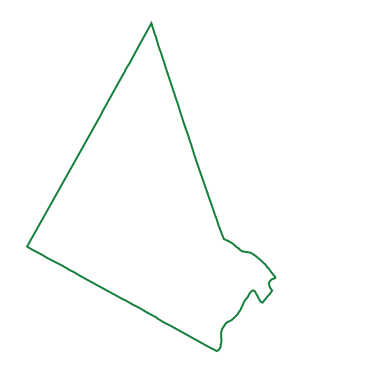 the district of San Benito, Petén, Guatemala, rotated 29°
{"feature_id": "79465075B93827188855866", "entity_name": "San Benito", "entity_type": "district", "adm_level": 2, "iso_a3": "GTM", "parent_name": "Guatemala", "parent_adm1": "Petén", "projection": "robinson", "projection_center": [-90.016, 16.973], "detail": "fine", "context": "isolated", "style": "outline", "palette": "green", "viewbox_px": 384, "rotation_deg": 29, "n_neighbors": 0, "source": "geoboundaries", "source_scale": "gbopen_adm2", "svg_char_len": 1526}
<svg xmlns="http://www.w3.org/2000/svg" viewBox="0 0 384 384"><g transform="rotate(29 192 192)"><path d="M296.3,221.7L294.4,221.3L290.8,219.6L289.7,219.6L285.1,218.3L278.1,217.0L274.0,216.7L271.7,217.0L264.6,219.6L261.2,219.2L260.6,218.7L258.0,218.6L252.6,217.4L247.6,217.2L245.2,217.5L243.5,217.6L242.4,217.6L241.8,216.9L239.7,215.3L230.4,207.4L225.3,202.5L224.7,202.3L223.3,200.9L184.2,165.9L176.1,158.5L171.4,153.9L170.6,153.2L167.4,150.1L165.5,148.5L161.3,144.4L158.7,142.2L155.3,139.2L151.9,136.1L143.9,128.6L137.4,122.3L133.4,118.7L131.5,117.1L129.1,114.7L126.6,112.5L118.4,104.9L108.3,95.6L104.6,92.0L96.7,84.7L95.1,83.4L90.9,79.6L84.4,73.0L82.6,71.7L74.7,64.1L74.7,88.9L74.9,106.3L74.7,107.0L75.1,108.0L74.6,114.4L74.6,118.2L74.8,118.7L74.9,119.3L74.7,122.8L74.7,165.5L74.9,166.5L74.8,199.4L74.2,319.7L80.7,319.9L91.0,319.6L97.6,319.9L114.5,319.3L123.8,319.6L127.7,319.3L134.5,319.6L184.1,319.3L185.7,319.0L194.6,319.2L201.7,318.9L211.6,319.2L221.8,319.0L223.4,319.4L231.2,319.7L238.0,319.4L281.0,319.4L290.7,319.1L291.6,317.7L292.1,316.3L292.1,313.3L291.1,311.9L291.1,311.0L290.3,308.6L285.7,301.0L284.7,297.4L285.3,290.1L285.8,289.7L286.1,288.3L287.9,286.3L289.0,284.2L291.0,277.7L291.5,271.0L290.7,261.7L291.7,256.8L291.5,253.0L292.0,250.3L292.6,249.0L293.7,248.2L295.5,248.6L304.9,254.6L307.3,254.6L308.5,248.0L309.7,242.1L309.8,239.3L306.7,237.9L304.8,236.1L303.2,234.0L303.8,230.2L306.4,227.1L306.4,226.5L305.9,226.0L299.9,223.6L298.0,222.6L296.3,221.7Z" fill="none" stroke="#15803d" stroke-width="2"/></g></svg>